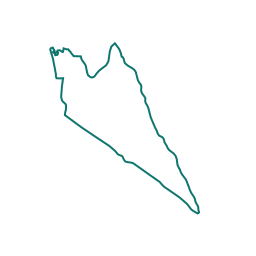 the border of HaDarom, rotated 322°
{"feature_id": "ISR-3053", "entity_name": "HaDarom", "entity_type": "District", "adm_level": 1, "iso_a3": "ISR", "parent_name": "Israel", "parent_adm1": "", "projection": "equal_earth", "projection_center": [34.85, 30.684], "detail": "fine", "context": "isolated", "style": "outline", "palette": "teal", "viewbox_px": 256, "rotation_deg": 322, "n_neighbors": 0, "source": "natural_earth", "source_scale": "10m", "svg_char_len": 3012}
<svg xmlns="http://www.w3.org/2000/svg" viewBox="0 0 256 256"><g transform="rotate(322 128 128)"><path d="M86.2,79.0L87.3,77.8L90.9,74.8L93.3,71.8L93.5,70.2L92.9,67.1L93.0,65.5L94.5,62.3L102.3,53.7L103.3,52.9L105.6,50.6L107.5,48.8L105.0,47.1L102.3,44.8L102.9,43.2L104.6,40.7L110.7,28.8L111.2,28.0L115.1,18.1L115.4,18.0L116.0,17.8L116.1,17.7L116.4,17.7L116.7,17.8L117.3,18.0L117.6,18.1L117.8,18.1L118.0,18.1L118.2,18.3L118.2,18.7L118.2,18.9L118.1,19.1L117.9,19.3L117.8,19.5L117.9,20.2L117.9,20.4L117.9,20.6L117.8,20.9L117.8,21.7L117.8,21.8L117.7,21.9L117.6,22.0L117.4,22.1L117.2,22.1L116.9,22.0L116.5,21.8L116.2,21.8L115.9,21.9L115.8,22.0L115.7,22.2L115.7,22.3L115.6,22.5L115.7,22.8L115.8,23.1L116.0,23.3L116.5,23.7L116.8,24.0L116.8,24.3L116.7,24.4L116.7,24.6L116.5,24.8L116.4,24.8L116.0,25.0L115.7,25.2L115.6,25.3L115.5,25.6L115.5,25.8L115.6,26.0L117.3,26.8L117.6,26.8L117.8,26.7L118.6,26.1L118.8,25.9L119.2,25.8L119.3,25.6L119.2,25.4L119.1,25.2L119.0,24.9L118.9,24.8L118.8,24.7L118.7,24.6L118.4,24.4L118.4,24.2L118.6,24.2L119.7,24.0L119.9,23.9L120.1,23.6L120.3,23.6L120.6,23.8L121.8,24.5L122.0,24.8L122.3,25.1L122.4,25.6L122.9,27.2L123.0,27.5L123.3,27.9L123.4,28.0L124.0,27.7L126.3,25.6L128.1,28.3L128.8,28.9L129.2,29.0L129.3,29.1L129.4,29.3L129.4,29.5L129.4,29.9L129.3,30.2L129.2,30.5L129.2,30.8L129.2,31.0L129.5,32.0L129.5,32.3L129.5,32.5L129.5,32.9L129.3,33.3L129.3,33.5L129.3,33.9L129.4,35.1L129.3,35.6L129.3,35.8L129.4,36.3L129.5,36.5L129.4,37.3L129.4,37.8L130.0,38.4L134.9,42.5L133.8,44.9L133.5,47.4L133.5,49.9L133.1,52.9L130.0,58.9L129.0,61.9L129.8,65.0L131.3,66.4L133.1,66.7L135.0,66.3L136.8,65.7L140.9,65.0L149.5,65.1L153.6,63.4L161.1,56.2L165.1,53.6L169.8,53.2L169.7,58.5L169.7,59.5L169.4,61.5L168.2,65.2L166.9,67.9L167.4,68.6L167.3,70.5L166.4,72.5L165.5,74.7L165.9,77.2L166.6,79.6L167.3,81.5L168.3,83.8L168.8,86.3L168.5,88.9L165.3,96.2L164.8,98.9L164.8,101.8L164.1,103.5L162.2,105.6L161.4,106.5L160.5,108.6L160.3,110.7L160.3,112.8L160.1,114.8L159.7,115.7L158.5,116.9L158.0,117.6L157.5,118.7L157.3,119.8L157.0,122.1L156.5,124.3L152.4,133.8L149.4,145.1L149.1,147.3L147.9,151.1L147.9,153.3L148.3,154.2L149.3,156.1L149.5,157.4L149.3,158.7L148.9,159.7L148.5,160.7L148.0,161.8L147.4,166.6L146.9,168.2L146.9,170.9L148.3,176.5L148.3,179.5L147.2,182.6L144.2,187.7L143.4,191.4L143.4,192.5L143.1,193.3L142.8,194.1L142.5,194.9L142.0,198.0L141.9,203.6L141.6,205.5L138.4,215.7L137.9,218.0L137.5,223.2L136.9,225.5L135.9,227.3L135.4,229.3L135.1,231.8L134.9,233.1L134.4,233.9L133.2,235.6L132.7,236.6L132.4,237.3L132.3,237.9L132.0,238.3L131.5,238.3L130.8,238.2L130.3,238.2L129.7,236.9L128.2,233.1L127.7,230.9L127.8,224.4L126.0,214.9L123.3,206.1L120.2,196.4L119.8,191.4L119.8,190.8L119.8,190.3L119.7,189.7L119.5,189.2L116.8,180.3L112.7,166.6L110.4,159.0L109.6,157.7L105.9,153.8L105.4,153.0L105.2,151.9L105.3,150.3L106.0,147.5L106.0,146.3L105.3,145.1L104.2,143.4L103.8,141.8L103.7,138.0L102.2,130.6L97.9,117.7L94.4,107.0L91.8,99.0L89.6,91.2L86.9,81.5L86.2,79.0Z" fill="none" stroke="#0f766e" stroke-width="2"/></g></svg>